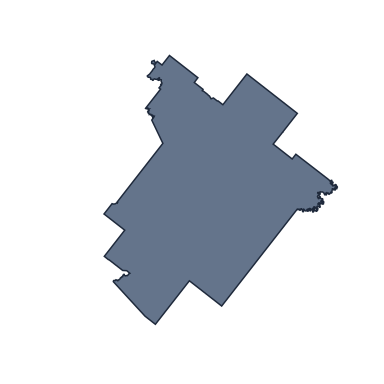 Greater Shepparton, Victoria, Australia (Natural Earth projection), rotated 128°
{"feature_id": "25037944B15813892804113", "entity_name": "Greater Shepparton", "entity_type": "district", "adm_level": 2, "iso_a3": "AUS", "parent_name": "Australia", "parent_adm1": "Victoria", "projection": "natural_earth1", "projection_center": [145.313, -36.427], "detail": "fine", "context": "isolated", "style": "filled", "palette": "slate", "viewbox_px": 384, "rotation_deg": 128, "n_neighbors": 0, "source": "geoboundaries", "source_scale": "gbopen_adm2", "svg_char_len": 5712}
<svg xmlns="http://www.w3.org/2000/svg" viewBox="0 0 384 384"><g transform="rotate(128 192 192)"><path d="M318.8,139.4L263.6,139.4L263.6,98.4L140.7,98.5L140.8,97.7L140.6,97.4L140.3,97.3L139.7,97.3L139.6,97.1L140.0,95.8L139.8,95.6L139.1,96.2L138.9,96.1L138.0,95.6L137.8,95.4L138.1,95.0L138.5,94.7L138.3,94.4L138.0,94.2L138.0,93.7L138.4,93.3L139.0,93.1L139.3,92.8L139.2,92.3L138.9,92.1L138.1,92.3L137.7,92.8L137.3,93.5L136.9,93.6L136.7,93.2L137.0,91.6L137.0,90.9L136.7,90.4L136.0,90.1L135.9,89.9L135.9,89.0L135.8,88.8L135.5,88.7L135.1,89.1L135.0,89.6L135.4,90.4L135.1,90.6L134.6,90.5L134.1,90.0L134.0,88.5L134.2,87.5L134.2,87.3L134.0,87.1L133.5,87.1L132.8,88.0L132.9,88.7L133.2,89.2L133.1,89.5L132.5,89.2L132.3,88.8L132.1,87.8L132.3,86.3L132.0,86.1L131.6,86.2L131.4,86.1L131.4,85.5L131.9,85.0L132.8,85.0L133.3,84.9L133.4,84.5L133.2,84.2L132.3,84.0L131.8,84.2L130.9,85.7L130.7,86.7L130.5,86.8L130.0,86.5L130.0,85.9L130.1,85.6L130.8,84.9L131.0,84.5L130.9,84.2L130.4,84.3L129.7,85.5L129.1,86.1L128.9,86.7L128.6,86.8L128.4,86.6L128.1,85.7L128.6,84.7L128.5,84.2L127.9,84.0L127.8,83.8L127.8,83.5L128.0,83.2L129.0,83.0L129.4,82.6L130.4,83.0L130.7,82.8L130.8,82.3L130.4,81.9L129.1,81.8L127.6,82.5L127.0,84.3L126.8,84.5L126.2,84.6L125.9,84.5L125.0,82.9L125.2,82.6L125.6,82.4L125.6,82.1L125.3,81.8L124.8,81.8L123.5,83.4L123.0,84.3L123.0,84.6L123.3,84.8L124.0,84.9L124.1,85.1L123.9,85.4L123.6,85.5L122.6,85.4L122.3,85.3L122.1,84.9L121.8,83.8L122.1,83.4L121.9,82.9L120.8,82.7L120.4,82.7L119.3,83.3L119.1,83.2L119.4,82.7L121.0,81.8L121.1,81.5L121.0,81.4L120.5,81.1L118.9,81.9L118.5,82.4L118.3,83.7L118.7,84.0L119.3,83.7L119.8,83.7L120.1,83.9L120.3,84.4L120.1,84.7L119.8,84.8L118.8,84.7L118.0,84.7L117.3,84.4L117.1,84.5L117.0,85.1L117.7,86.4L117.8,87.0L117.6,87.3L117.3,87.7L117.0,87.7L116.7,88.3L116.8,88.6L117.6,88.7L118.0,88.5L118.9,87.9L119.2,88.0L119.4,88.3L118.5,90.2L117.5,90.5L117.2,90.6L116.4,89.9L115.6,90.0L114.7,89.7L114.5,89.8L114.4,90.3L114.7,90.8L115.4,91.2L115.6,91.5L115.5,92.3L115.0,92.6L114.5,92.1L114.5,91.5L114.3,91.2L113.8,90.7L113.5,90.7L113.2,91.2L112.8,91.1L112.8,90.6L111.6,89.2L111.5,88.7L111.8,86.9L111.5,86.4L112.3,86.2L112.5,85.9L112.5,85.7L112.1,85.4L111.8,85.4L111.1,86.0L110.9,86.1L110.6,85.6L110.7,85.3L111.0,85.1L111.7,85.0L111.8,84.8L111.8,84.5L111.6,84.4L111.3,84.4L110.1,85.4L109.8,85.5L109.4,85.4L109.4,85.0L109.7,84.4L109.6,84.1L109.0,83.9L109.1,83.5L109.5,83.1L109.4,82.6L108.6,82.3L107.0,82.4L107.2,81.8L107.0,81.5L106.6,81.4L105.9,81.5L105.3,82.3L105.0,82.3L104.6,82.6L104.3,82.7L103.4,82.6L103.2,82.7L103.3,83.3L103.0,83.4L102.6,82.9L102.6,82.6L103.1,81.9L103.0,81.6L102.5,81.0L102.4,80.6L102.2,80.4L101.8,80.6L101.5,81.7L101.0,82.0L100.6,81.7L100.6,80.2L100.2,79.9L99.7,80.2L99.6,80.5L99.7,81.2L99.5,81.4L99.2,81.3L99.0,80.4L98.7,80.4L98.5,80.6L98.3,81.1L98.3,81.5L98.9,82.3L99.1,82.8L99.0,83.0L98.3,82.9L98.1,82.7L97.8,82.6L97.6,83.1L97.9,83.7L98.1,83.8L99.5,83.9L100.5,84.9L100.4,85.1L100.1,85.2L99.6,85.3L99.4,85.6L99.3,85.9L99.5,86.2L100.3,86.6L100.3,86.9L100.1,87.1L99.4,87.5L99.4,87.8L99.9,88.2L99.9,88.4L99.5,88.6L99.3,88.5L98.9,88.0L98.6,87.9L98.4,87.4L98.4,86.8L98.2,86.6L97.9,86.6L97.6,86.8L97.5,87.0L97.6,87.4L98.3,88.2L98.3,88.4L98.2,88.6L97.2,88.5L96.8,89.1L96.9,89.3L97.1,89.5L98.1,89.6L98.4,89.8L98.5,90.1L98.2,90.7L98.1,92.5L98.1,92.9L98.3,133.4L104.3,133.4L104.3,157.5L89.4,157.4L89.1,157.2L88.9,157.4L65.2,157.4L65.2,221.4L104.2,221.4L104.2,227.6L104.7,228.1L104.7,233.0L106.8,234.4L105.6,237.4L105.8,238.4L105.5,239.6L105.5,245.5L105.9,246.0L105.9,246.3L104.3,246.5L104.3,257.6L98.3,257.7L98.3,293.8L110.4,293.8L110.5,299.8L113.5,299.8L112.3,301.2L112.2,301.7L111.6,302.8L113.8,304.1L115.2,303.3L115.4,303.0L115.5,302.5L114.7,301.2L114.7,300.6L115.6,299.2L115.8,298.7L116.1,298.3L116.8,298.0L117.5,298.0L119.1,298.2L120.8,298.0L125.2,298.0L128.0,298.7L128.5,298.1L128.5,297.5L128.4,297.0L127.5,295.5L127.6,294.9L128.6,294.0L128.6,293.8L127.8,292.8L127.9,292.3L128.2,291.9L128.1,291.6L127.8,291.4L126.2,291.5L125.9,291.2L125.7,290.3L125.2,289.6L124.9,288.9L122.4,288.3L122.1,288.1L122.2,287.7L122.5,287.5L123.0,287.3L124.0,287.8L124.7,287.6L124.6,287.1L124.2,286.7L123.3,286.4L122.5,285.3L124.0,284.2L124.4,283.1L124.9,282.6L125.3,282.4L126.3,282.9L126.6,282.8L126.8,282.7L126.8,282.4L126.7,282.0L130.3,282.1L130.3,280.1L154.7,280.1L154.7,279.6L154.1,278.6L153.3,279.1L153.3,278.6L153.0,278.3L153.0,278.2L153.1,277.8L153.1,277.6L153.4,277.2L153.1,276.9L153.7,277.0L153.6,276.6L153.8,276.5L154.0,276.7L155.3,276.1L155.7,276.1L155.7,276.4L156.1,276.3L156.1,275.8L155.8,275.7L156.2,275.6L156.1,275.3L156.3,275.3L156.8,274.9L156.9,274.6L156.7,274.3L156.9,273.7L156.7,273.3L157.1,273.2L156.9,273.0L156.8,272.9L156.6,272.9L156.6,272.5L156.4,272.5L156.3,272.4L156.1,272.1L156.3,271.3L156.1,271.0L156.4,271.0L156.8,270.5L156.7,270.4L156.5,270.1L156.3,270.2L156.4,270.5L156.2,270.4L155.9,269.9L156.2,269.6L156.7,269.5L157.7,268.7L156.9,268.3L156.4,268.6L155.9,268.7L155.5,268.6L155.4,268.4L156.9,268.1L160.1,268.0L171.6,244.9L245.9,244.8L245.9,244.2L246.6,244.1L246.5,244.5L248.6,245.2L249.8,246.4L250.3,247.4L250.4,247.8L263.5,247.8L263.5,221.5L296.7,221.5L296.8,216.2L296.5,215.8L296.5,198.3L294.2,195.0L294.3,190.9L295.6,191.4L296.5,191.3L297.8,191.5L298.4,192.5L298.9,192.6L299.0,192.8L299.3,193.6L299.3,194.1L298.7,194.6L298.7,194.9L298.9,194.9L299.1,194.7L299.6,194.8L299.7,195.1L300.1,195.2L300.9,194.7L301.6,195.0L301.7,194.7L302.0,194.9L302.5,195.0L303.0,195.3L303.2,195.1L303.5,195.3L303.8,195.5L304.9,195.2L305.7,195.5L306.0,195.4L306.8,196.0L307.3,195.7L307.8,196.1L307.8,196.4L307.6,196.8L308.0,197.9L308.8,197.8L308.9,198.2L309.5,198.6L309.8,199.1L310.3,199.2L311.1,198.8L318.8,152.4L318.8,139.4Z" fill="#64748b" stroke="#1e293b" stroke-width="1.5"/></g></svg>